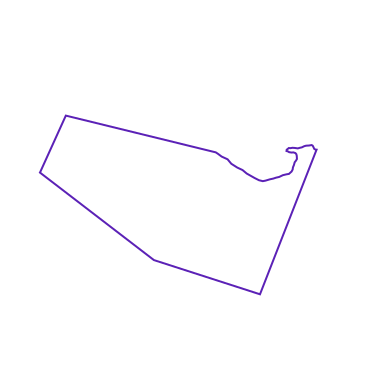 Bani Swayf City, Al Bahr al Ahmar, Egypt, rotated 66°
{"feature_id": "37247803B55078919918818", "entity_name": "Bani Swayf City", "entity_type": "district", "adm_level": 2, "iso_a3": "EGY", "parent_name": "Egypt", "parent_adm1": "Al Bahr al Ahmar", "projection": "natural_earth1", "projection_center": [31.142, 28.985], "detail": "fine", "context": "isolated", "style": "outline", "palette": "violet", "viewbox_px": 384, "rotation_deg": 66, "n_neighbors": 0, "source": "geoboundaries", "source_scale": "gbopen_adm2", "svg_char_len": 850}
<svg xmlns="http://www.w3.org/2000/svg" viewBox="0 0 384 384"><g transform="rotate(66 192 192)"><path d="M165.4,154.2L164.8,155.0L115.6,218.5L70.9,276.2L112.0,322.5L112.4,323.0L238.7,254.5L313.1,171.5L270.9,128.8L204.0,61.0L203.4,62.0L202.3,62.8L200.6,62.8L198.8,62.9L197.8,63.6L197.1,66.3L196.1,68.9L195.8,70.8L195.9,73.5L195.5,75.4L195.2,77.6L193.5,80.3L192.5,82.2L191.9,84.5L191.2,85.6L191.9,88.3L193.0,89.0L194.0,87.8L195.1,87.1L196.4,85.1L197.1,83.2L198.5,81.7L199.9,81.3L201.6,81.6L204.5,82.7L205.6,84.2L206.6,86.1L208.8,87.9L210.6,89.8L212.4,90.9L213.8,92.7L214.9,96.1L214.3,98.4L213.6,102.1L213.7,106.3L213.1,109.3L212.8,112.3L212.1,115.7L211.5,120.3L210.9,122.9L208.5,126.0L204.7,129.1L197.4,134.5L192.5,136.9L188.1,140.7L182.2,144.6L176.6,146.2L171.7,150.5L167.6,152.8L165.4,154.2Z" fill="none" stroke="#5b21b6" stroke-width="2"/></g></svg>